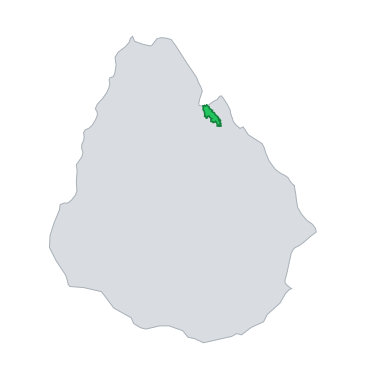 Tranqueras, Rivera, Uruguay (highlighted), rotated 12°
{"feature_id": "84410073B22832940663467", "entity_name": "Tranqueras", "entity_type": "district", "adm_level": 2, "iso_a3": "URY", "parent_name": "Uruguay", "parent_adm1": "Rivera", "projection": "natural_earth1", "projection_center": [-55.729, -31.199], "detail": "fine", "context": "in_parent", "style": "filled", "palette": "green", "viewbox_px": 384, "rotation_deg": 12, "n_neighbors": 0, "source": "geoboundaries", "source_scale": "gbopen_adm2", "svg_char_len": 3980}
<svg xmlns="http://www.w3.org/2000/svg" viewBox="0 0 384 384"><g transform="rotate(12 192 192)"><path d="M309.4,265.7L307.0,267.9L304.4,272.1L301.3,282.2L291.1,296.1L289.0,304.0L278.0,312.2L270.2,321.4L265.2,321.2L260.7,325.1L234.5,337.1L225.2,334.9L218.2,334.9L211.8,329.6L197.1,327.7L187.9,329.8L175.5,335.6L171.7,335.6L169.1,335.2L162.3,332.8L158.7,327.7L139.6,321.8L124.2,308.3L106.1,308.0L92.2,309.8L90.0,308.0L88.6,304.6L85.7,299.6L73.6,287.7L64.1,275.9L62.2,264.3L63.4,251.7L66.1,236.7L65.6,232.0L69.0,229.4L72.5,228.8L75.8,225.0L78.7,219.1L79.2,214.7L76.8,206.5L75.2,195.0L73.2,189.4L77.0,180.3L77.1,176.0L74.9,172.1L74.3,168.2L75.3,164.1L75.0,160.2L73.6,156.5L74.6,153.4L78.1,150.9L80.7,147.1L82.4,142.1L83.3,138.2L83.3,135.5L82.3,133.0L80.1,130.7L81.1,125.9L85.2,118.9L87.9,112.6L89.1,107.2L89.0,102.8L87.5,99.4L88.1,97.1L90.7,95.9L91.8,92.4L91.4,83.6L88.7,76.3L90.7,70.6L96.5,63.9L99.5,58.5L99.8,54.4L101.6,52.1L104.4,56.5L112.7,57.7L121.1,57.8L122.4,56.7L125.7,49.5L130.0,47.4L134.7,46.9L139.9,47.2L145.4,52.0L160.9,67.7L172.3,78.6L175.8,83.7L178.8,87.5L181.1,91.1L180.1,100.4L180.3,104.5L180.8,105.7L183.4,105.8L187.2,105.1L190.5,103.1L193.0,100.1L195.5,97.7L197.5,96.4L198.2,94.4L199.4,92.4L200.6,91.9L202.8,93.4L208.1,98.8L212.2,103.7L213.2,106.5L214.8,109.4L216.5,112.0L217.7,114.5L221.7,117.7L225.7,119.8L228.5,117.7L235.3,124.4L250.5,130.1L253.3,133.5L255.9,138.3L261.1,145.7L268.4,152.3L274.3,155.1L280.0,156.7L283.1,158.1L285.3,160.7L288.7,163.4L290.9,164.4L291.6,166.9L293.8,172.2L296.1,179.0L298.6,185.2L304.1,191.2L310.3,195.9L316.7,198.6L320.3,201.9L321.8,205.3L317.5,210.3L312.7,216.7L308.5,221.7L304.2,225.2L302.8,227.6L301.8,231.4L301.7,251.1L301.3,258.5L301.6,260.5L302.2,261.8L304.9,263.7L308.1,265.4L309.4,265.7Z" fill="#d9dde1" stroke="#a8b0b8" stroke-width="1"/><path d="M188.3,103.6L188.2,103.6L187.9,104.1L187.6,104.6L187.5,104.8L187.4,105.1L187.2,105.3L186.8,105.5L186.6,105.5L186.3,105.4L186.2,105.3L186.2,105.2L186.1,104.9L186.0,105.0L185.9,105.0L185.6,105.2L185.5,105.3L185.4,105.4L185.2,105.4L184.8,105.4L184.7,105.5L185.2,106.7L185.6,107.2L185.4,107.8L185.6,108.1L185.6,108.7L185.6,108.9L185.9,109.5L186.3,109.8L186.8,109.9L187.6,111.5L188.2,112.6L188.0,113.0L188.3,113.4L188.5,114.0L188.5,114.6L188.8,114.9L188.7,115.3L189.0,115.3L189.2,115.5L189.4,115.3L189.5,115.6L190.1,115.7L190.4,115.9L190.4,116.7L190.8,116.8L191.2,116.6L191.6,116.2L191.4,115.9L191.2,115.8L191.1,115.6L191.2,115.3L191.2,115.1L191.2,114.9L191.7,114.9L192.1,114.8L192.7,114.4L192.7,114.1L192.9,114.1L193.0,114.5L193.3,114.5L193.9,115.3L195.0,115.6L195.3,116.1L195.7,116.0L196.1,116.1L195.3,116.6L195.6,117.9L195.8,119.0L196.3,118.9L197.1,119.2L197.3,118.8L198.0,119.1L198.0,119.4L198.4,119.7L199.0,119.3L199.0,119.1L199.4,119.0L199.6,118.8L200.0,118.8L200.0,118.5L200.3,117.9L200.9,118.4L201.2,118.5L202.2,119.8L202.7,120.9L202.8,122.2L205.4,122.0L206.8,121.3L206.7,121.1L206.4,121.1L205.7,121.5L205.0,121.6L204.4,121.1L204.2,121.1L205.4,120.1L205.4,119.4L205.6,119.3L205.8,119.4L206.1,119.3L206.0,119.2L205.8,118.6L205.2,118.6L204.9,118.4L204.8,117.8L204.7,117.6L204.9,117.4L204.9,117.0L205.1,116.4L205.1,116.1L204.9,116.0L204.6,116.4L204.4,116.4L204.4,116.2L204.4,115.9L204.5,115.9L204.5,115.6L204.3,115.4L204.2,115.6L203.8,115.9L203.8,116.2L203.5,116.4L203.5,115.8L203.2,115.7L203.1,115.9L202.8,115.8L202.7,115.4L202.6,115.1L203.0,114.6L203.0,114.4L202.8,114.2L202.6,114.4L202.5,114.5L202.1,113.6L201.8,113.6L201.6,113.6L201.6,113.2L201.5,112.9L201.3,112.9L201.0,112.9L200.9,113.1L200.9,112.7L200.7,112.5L200.1,112.5L200.0,112.1L199.9,112.1L198.5,111.5L198.1,110.8L197.6,110.0L197.3,109.7L197.1,109.7L196.9,109.8L196.5,109.8L196.0,109.5L195.4,109.5L195.1,109.4L194.6,109.2L194.4,109.1L194.4,108.9L195.0,108.4L195.1,108.0L195.1,107.9L194.5,107.9L193.2,107.2L192.7,107.2L192.4,106.9L192.1,107.0L191.6,106.8L191.5,106.3L191.3,105.8L191.0,105.6L190.9,105.0L190.1,105.0L189.6,104.7L188.7,104.0L188.3,103.6Z" fill="#22c55e" stroke="#15803d" stroke-width="1.5"/></g></svg>